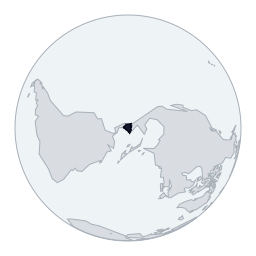 globe centered on Nicaragua, rotated 125°
{"feature_id": "NIC", "entity_name": "Nicaragua", "entity_type": "country or territory", "adm_level": 0, "iso_a3": "NIC", "parent_name": "North America", "parent_adm1": "", "projection": "orthographic", "projection_center": [-84.819, 12.872], "detail": "fine", "context": "on_globe", "style": "filled", "palette": "ink", "viewbox_px": 256, "rotation_deg": 125, "n_neighbors": 0, "source": "natural_earth", "source_scale": "50m", "svg_char_len": 9209}
<svg xmlns="http://www.w3.org/2000/svg" viewBox="0 0 256 256"><g transform="rotate(125 128 128)"><circle cx="128" cy="128" r="113" fill="#eef3f6" stroke="#a8b0b8"/><path d="M140.9,136.8L138.2,135.6L135.7,139.0L126.4,133.8L122.9,127.1L93.7,116.1L90.6,112.6L90.4,107.1L80.2,88.6L84.9,105.7L81.0,102.3L77.8,96.1L79.5,94.7L77.3,85.9L73.8,82.4L73.3,71.7L79.9,59.0L81.0,61.1L82.5,58.1L81.1,55.5L79.8,54.5L82.9,43.4L79.5,37.7L74.9,38.8L78.6,36.6L67.6,40.9L63.4,41.3L70.3,39.3L72.6,37.9L70.9,37.1L73.0,35.6L73.3,34.5L75.9,32.8L79.7,32.2L81.5,31.2L80.1,30.8L81.9,29.2L83.6,29.9L86.9,27.2L93.8,26.5L96.2,31.2L102.2,30.6L110.3,35.4L111.8,34.1L115.7,35.6L118.9,34.7L119.5,36.2L121.4,34.3L120.3,33.1L120.7,32.0L122.4,31.5L123.5,33.1L122.8,33.6L124.1,33.9L123.9,35.0L124.9,34.2L126.1,36.5L127.5,33.5L130.6,34.8L130.6,36.6L127.3,37.2L119.0,44.1L118.0,46.7L120.0,49.3L130.9,52.2L131.2,55.0L134.0,58.1L135.4,56.0L133.7,52.9L136.9,50.1L134.4,47.0L135.4,45.5L134.1,42.3L137.9,42.0L142.3,43.6L143.6,46.4L145.5,47.3L147.3,44.2L152.4,49.4L160.7,53.1L161.7,54.7L158.2,58.2L150.8,58.8L146.3,64.6L152.9,60.3L155.1,65.0L157.0,65.6L159.0,65.2L159.6,63.3L161.1,64.9L155.2,69.5L153.7,68.0L155.6,66.5L152.1,67.0L148.1,70.8L149.6,73.2L142.0,77.3L143.0,79.2L141.8,81.3L140.9,77.9L142.5,84.3L133.8,92.1L135.9,103.9L129.9,94.9L125.3,94.1L119.9,94.5L120.1,96.3L112.6,95.1L106.3,99.2L104.5,108.7L107.5,115.9L115.8,116.1L118.0,112.0L123.9,111.0L120.2,122.0L130.7,123.3L129.9,131.5L133.1,135.6L138.2,134.3L143.5,136.1L147.0,131.1L152.9,128.2L153.3,134.8L156.3,128.6L159.7,131.5L171.1,130.3L170.3,131.9L180.0,138.7L190.0,140.8L192.3,145.3L191.2,148.3L194.5,148.7L194.6,150.6L207.3,151.3L213.4,154.7L212.8,161.2L207.1,169.7L200.4,185.8L189.7,192.3L186.0,198.5L175.9,207.8L169.6,207.9L170.3,211.6L166.0,214.3L161.6,214.9L159.9,217.6L156.6,217.9L158.2,219.5L151.8,223.1L152.3,225.6L147.3,228.3L147.7,229.6L146.2,229.7L144.4,230.3L143.9,231.0L139.8,230.0L139.9,226.8L142.3,225.1L140.3,224.9L145.4,220.1L142.9,221.2L145.5,213.9L150.0,207.5L154.8,188.0L152.8,184.1L144.7,179.8L135.0,164.6L137.9,158.1L135.6,155.1L143.0,145.4L140.9,136.8ZM27.3,100.2L28.1,97.6L28.2,99.4L27.3,100.2ZM28.1,95.9L27.9,96.8L28.0,96.1L28.1,95.9ZM27.9,95.3L28.1,95.8L27.8,95.5L27.9,95.3ZM27.5,94.8L27.7,95.0L27.5,94.8ZM135.6,107.9L147.5,113.1L141.0,114.1L142.2,113.0L139.1,110.8L133.5,108.9L127.7,110.3L135.6,107.9ZM27.2,93.2L27.2,92.8L27.5,92.7L27.2,93.2ZM140.3,101.1L138.2,100.8L140.2,100.6L140.3,101.1ZM78.9,54.4L80.9,55.6L81.4,58.7L79.5,57.8L78.9,54.4ZM78.3,49.2L79.8,49.1L78.0,51.9L77.7,51.0L78.3,49.2ZM71.1,40.1L72.3,40.5L70.5,40.7L71.1,40.1ZM72.9,34.6L71.9,35.0L72.5,34.3L72.9,34.6ZM132.1,42.8L133.1,42.6L132.8,43.2L132.1,42.8ZM130.6,41.7L129.6,42.6L128.7,42.2L129.4,41.7L130.6,41.7ZM77.0,31.2L78.3,30.1L77.7,31.1L77.0,31.2ZM132.1,40.6L127.4,41.5L125.9,40.9L127.1,38.2L132.1,40.6ZM79.5,29.3L82.5,26.9L80.6,27.5L87.7,24.7L82.8,27.5L82.3,28.6L81.2,28.5L79.5,29.3ZM119.1,33.0L120.5,34.2L117.8,33.7L119.1,33.0ZM117.3,33.0L108.3,33.9L107.2,32.1L110.5,32.0L107.8,30.4L111.6,29.0L114.0,29.7L113.9,31.0L115.5,29.5L117.3,33.0ZM91.2,23.7L92.5,23.1L91.9,23.6L91.2,23.7ZM120.7,31.5L119.0,31.7L117.9,30.1L121.1,29.4L120.5,30.1L120.7,31.5ZM105.2,30.7L105.0,29.5L108.0,28.1L108.4,27.5L111.6,28.9L105.2,30.7ZM121.6,30.2L122.8,29.1L124.9,29.5L122.3,31.2L121.6,30.2ZM116.3,30.1L115.9,29.4L117.2,29.5L116.3,30.1ZM133.0,30.4L130.9,30.5L130.2,29.6L133.0,30.4ZM123.1,28.7L122.4,28.6L121.9,28.4L123.1,27.7L123.1,28.7ZM113.6,27.9L114.9,27.6L112.4,27.2L114.6,26.3L116.4,27.4L116.5,26.6L117.2,26.3L117.9,27.6L113.6,27.9ZM122.8,26.4L125.9,27.9L129.8,27.8L130.5,28.5L124.1,28.5L122.8,26.4ZM119.9,26.9L121.9,26.7L121.8,27.6L120.4,28.3L119.9,26.9ZM115.5,25.3L111.6,26.4L111.3,26.1L115.5,25.3ZM124.0,26.2L123.2,25.8L124.3,26.0L124.0,26.2ZM118.1,25.3L116.8,25.7L116.5,25.4L118.1,25.3ZM122.8,25.0L123.8,25.4L122.9,25.8L122.8,25.0ZM120.7,25.0L120.6,24.5L122.0,25.7L120.1,25.2L120.7,25.0ZM118.1,25.0L117.5,24.9L118.6,24.9L118.1,25.0ZM125.7,23.2L127.6,24.7L125.6,25.6L124.0,24.0L125.7,23.2ZM146.2,232.2L140.0,230.4L143.7,231.2L147.1,229.9L150.0,231.3L146.2,232.2ZM155.9,228.6L159.3,227.6L159.9,227.9L157.6,228.7L155.9,228.6ZM208.4,49.1L205.9,46.9L208.2,49.3L210.8,51.6L214.2,55.5L212.9,53.9L208.4,50.1L210.2,53.7L217.6,65.0L217.6,67.3L215.4,67.0L207.7,57.7L208.5,53.8L205.7,50.9L201.3,48.3L201.9,47.5L200.2,46.2L200.0,44.8L195.6,40.3L194.9,38.9L189.1,35.0L187.9,33.9L191.7,36.4L193.9,37.7L191.4,35.0L189.8,33.9L186.2,31.7L186.0,31.4L182.8,29.7L179.8,28.0L187.6,32.4L194.9,37.4L201.9,43.0L208.4,49.1ZM179.5,27.8L180.9,28.8L176.7,26.8L172.5,24.7L171.4,24.4L178.3,27.9L180.9,29.2L182.6,29.9L189.7,34.3L191.4,35.7L185.0,32.3L186.7,34.2L180.9,31.1L165.7,22.8L161.4,20.9L162.8,20.9L166.8,22.2L167.4,22.5L168.7,23.0L179.5,27.8ZM126.5,15.4L124.2,15.4L121.2,15.6L126.5,15.4ZM104.3,17.9L94.9,20.6L91.9,21.6L88.6,23.2L88.9,23.2L90.9,22.6L87.7,24.7L80.6,27.5L80.1,27.3L75.9,29.6L75.6,29.0L73.4,29.8L75.4,28.4L74.5,28.9L77.5,27.3L79.4,26.5L78.1,27.0L86.6,23.2L95.3,20.2L104.3,17.9ZM240.3,119.3L240.3,119.5L240.0,116.4L239.9,117.1L237.4,125.4L235.0,122.1L228.4,109.5L227.7,102.5L224.8,95.8L217.7,67.8L219.3,67.4L217.3,59.9L217.6,60.0L221.2,65.1L221.9,65.8L226.2,72.7L229.9,80.0L233.1,87.5L235.8,95.3L237.9,103.2L239.4,111.2L240.3,119.3ZM223.8,80.3L224.9,82.3L223.8,80.3ZM171.5,130.2L172.9,131.3L171.1,131.5L171.5,130.2ZM140.3,116.9L142.7,116.9L144.1,117.9L142.2,118.3L140.3,116.9ZM160.5,115.8L163.2,116.2L160.5,116.9L160.5,115.8ZM149.3,113.7L158.3,115.8L152.9,118.1L147.2,116.9L151.1,116.1L149.3,113.7ZM139.4,105.0L141.0,105.4L140.6,106.6L139.4,105.0ZM141.7,101.1L141.1,101.2L140.3,100.3L141.7,101.1ZM155.4,64.7L156.0,64.4L158.1,64.4L157.3,65.2L155.4,64.7ZM166.5,60.0L168.7,62.8L166.5,61.2L165.8,62.8L160.4,61.7L161.8,55.5L162.1,58.4L166.5,60.0ZM153.6,59.0L156.8,60.1L153.2,59.2L153.6,59.0ZM190.8,41.1L192.2,41.3L194.3,43.1L195.2,45.7L192.2,43.1L190.8,41.1ZM193.6,41.3L186.9,37.6L186.0,36.1L187.6,37.5L187.7,36.9L190.4,39.0L196.1,41.5L198.3,43.3L198.8,46.7L197.4,44.5L196.2,44.3L193.6,41.3ZM171.4,33.9L168.5,33.1L170.4,30.7L172.9,31.8L174.0,34.3L171.7,34.5L171.4,33.9ZM135.2,36.1L134.0,36.5L133.7,36.0L134.5,35.2L135.2,36.1ZM132.1,30.5L140.3,33.8L139.3,34.4L145.3,36.1L145.0,38.4L141.1,37.1L145.4,40.4L141.8,40.2L145.0,42.3L136.4,39.3L133.3,39.5L136.8,38.4L137.2,36.2L136.4,35.3L131.9,33.2L125.5,32.9L124.8,31.0L126.0,29.8L127.4,29.5L127.4,30.8L129.4,29.6L130.5,31.2L132.1,30.5ZM140.8,20.5L140.2,21.3L144.3,20.6L145.4,21.6L145.8,21.5L147.9,22.4L151.2,23.3L151.2,23.8L152.5,24.0L154.0,24.7L155.7,25.1L156.4,26.3L158.6,27.0L157.6,27.2L161.3,28.1L158.8,28.0L160.5,29.1L162.0,28.7L161.1,35.5L162.6,39.0L165.2,42.2L160.7,41.9L155.4,38.9L150.4,35.1L149.6,32.0L147.7,32.6L146.8,31.4L148.6,31.4L145.2,30.7L144.9,29.7L140.5,27.3L135.6,27.2L133.9,26.5L135.6,26.1L132.7,25.7L134.8,24.4L133.6,23.9L134.5,22.4L138.6,22.1L136.9,21.6L137.5,20.7L140.8,20.5ZM126.1,22.8L130.8,21.8L133.6,22.1L130.9,24.7L131.7,25.3L130.0,27.3L125.9,27.1L126.7,26.5L126.6,25.9L127.9,26.2L126.8,25.5L127.9,24.7L127.3,24.0L129.0,23.9L126.1,22.8ZM217.0,59.0L215.9,57.7L215.7,57.4L215.0,56.5L215.4,57.0L217.0,59.0ZM213.0,55.0L212.5,54.3L215.1,57.1L215.2,57.5L213.0,55.0ZM210.1,51.7L212.3,54.1L211.2,53.1L210.1,51.7ZM191.0,35.8L190.3,35.1L191.1,35.5L192.5,36.5L191.0,35.8ZM153.1,19.9L152.3,20.0L151.6,19.8L148.1,19.6L147.0,19.0L148.7,18.9L153.1,19.9ZM151.4,19.2L150.1,19.1L150.3,18.9L151.4,19.2ZM146.1,18.5L146.0,18.2L146.5,18.9L146.1,18.5ZM150.9,17.7L146.5,16.9L140.2,16.0L146.2,16.8L146.8,16.9L150.9,17.7ZM126.3,15.4L125.5,15.5L124.1,15.5L126.3,15.4ZM127.0,15.4L129.3,15.5L127.8,15.7L126.3,15.5L127.0,15.4ZM140.6,16.7L142.4,16.9L142.2,17.0L140.6,16.7ZM91.7,23.2L92.4,23.1L91.2,23.5L91.7,23.2ZM105.3,17.7L105.1,17.8L103.7,18.1L105.3,17.7ZM103.8,18.2L105.6,17.8L104.1,18.2L103.8,18.2ZM109.6,17.0L106.5,17.6L108.9,17.0L109.6,17.0Z" fill="#d9dde1" stroke="#a8b0b8" stroke-width="1"/><path d="M131.2,123.8L130.9,124.2L130.7,124.1L130.7,124.3L130.8,124.3L131.1,125.1L130.9,125.5L130.7,125.8L130.5,126.3L130.4,127.1L130.5,127.9L130.5,128.5L130.5,128.9L130.4,128.9L130.3,128.7L130.4,128.4L130.3,128.5L130.2,128.6L130.1,128.9L130.2,129.0L130.2,129.3L130.2,129.7L130.0,129.8L129.9,129.9L129.9,130.0L130.0,130.0L130.2,130.3L130.1,130.6L129.9,130.8L129.8,131.0L129.9,131.4L130.0,131.7L130.1,131.8L130.3,131.8L130.2,132.0L129.9,132.2L129.7,132.2L129.4,132.1L129.2,132.1L129.1,131.9L128.9,131.7L128.6,131.7L128.4,131.6L128.2,131.6L127.8,131.8L127.3,131.6L126.9,131.5L126.6,131.4L126.4,131.4L126.3,131.5L126.2,131.6L126.1,131.3L125.8,131.0L124.8,130.2L124.5,129.7L124.3,129.4L124.1,129.2L123.6,128.8L123.5,128.7L122.9,128.2L122.5,127.9L122.7,127.6L122.8,127.6L122.9,127.8L123.0,127.9L123.7,127.7L123.8,127.7L124.0,127.5L124.0,127.4L124.1,127.2L124.3,127.2L124.3,126.9L124.3,126.5L124.3,126.4L124.3,126.2L124.6,126.2L125.0,126.3L125.1,126.2L125.3,126.0L125.5,125.8L125.6,125.7L125.8,125.8L126.2,126.1L126.3,126.1L126.3,125.9L126.5,125.7L126.9,125.3L127.1,125.2L127.3,125.2L127.3,124.9L127.3,124.7L127.5,124.6L127.6,124.4L127.9,124.2L128.1,124.2L128.2,124.4L128.3,124.5L128.5,124.5L128.8,124.4L129.0,124.4L129.3,124.4L129.4,124.2L129.6,124.3L129.8,124.2L130.0,124.1L130.3,124.0L130.4,123.9L130.7,123.8L131.2,123.8Z" fill="#0f172a" stroke="#020617" stroke-width="1.5"/></g></svg>